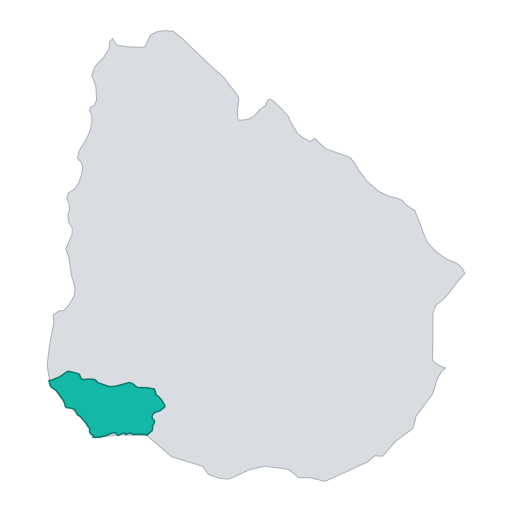 location of Colonia within Uruguay
{"feature_id": "URY-4", "entity_name": "Colonia", "entity_type": "Department", "adm_level": 1, "iso_a3": "URY", "parent_name": "Uruguay", "parent_adm1": "", "projection": "mercator", "projection_center": [-57.607, -34.127], "detail": "fine", "context": "in_parent", "style": "filled", "palette": "teal", "viewbox_px": 512, "rotation_deg": 0, "n_neighbors": 0, "source": "natural_earth", "source_scale": "10m", "svg_char_len": 3399}
<svg xmlns="http://www.w3.org/2000/svg" viewBox="0 0 512 512"><path d="M445.5,368.0L441.6,371.5L437.5,378.1L432.6,394.0L416.2,416.0L412.9,428.5L395.2,441.5L382.8,456.2L374.6,455.8L367.3,462.1L325.1,481.3L310.0,477.7L298.8,477.7L288.3,469.3L264.5,466.2L249.6,469.6L229.6,478.9L223.6,478.8L219.2,478.3L208.4,474.4L202.5,466.2L171.6,456.8L146.9,435.4L117.6,434.9L95.1,437.7L91.6,434.9L89.4,429.4L84.7,421.5L65.4,402.7L50.2,384.1L47.2,365.8L49.4,345.9L53.9,322.5L53.1,315.2L58.7,311.1L64.3,310.2L69.6,304.2L74.4,295.1L75.2,288.2L71.5,275.4L68.9,257.6L65.9,248.8L72.0,234.8L72.3,228.0L68.7,222.1L67.8,216.0L69.4,209.7L69.1,203.7L66.8,197.9L68.5,193.1L74.1,189.4L78.4,183.6L81.1,175.8L82.6,169.8L82.6,165.7L80.9,161.9L77.4,158.3L79.1,151.0L85.7,140.3L90.1,130.7L92.0,122.3L91.9,115.6L89.7,110.5L90.6,107.0L94.7,105.2L96.6,99.8L95.9,86.4L91.7,75.3L94.9,66.6L104.3,56.5L109.1,48.4L109.5,42.2L112.4,38.6L116.9,45.3L130.1,47.0L143.4,47.3L145.6,45.6L150.8,34.7L157.7,31.5L165.2,30.7L173.4,31.3L182.1,38.5L206.9,62.2L225.0,78.8L230.5,86.6L235.3,92.4L238.9,97.8L237.4,112.0L237.6,118.2L238.5,120.0L242.6,120.2L248.8,119.1L254.0,116.1L258.0,111.6L262.0,107.9L265.2,105.9L266.3,102.9L268.2,99.8L270.1,99.1L273.6,101.4L282.1,109.5L288.7,117.0L290.3,121.3L292.8,125.8L295.5,129.7L297.4,133.5L303.8,138.4L310.3,141.6L314.6,138.4L325.6,148.7L349.9,157.4L354.3,162.6L358.5,170.0L367.0,181.3L378.7,191.5L388.1,195.8L397.2,198.3L402.3,200.5L405.7,204.4L411.3,208.6L414.8,210.2L416.0,214.0L419.5,222.2L423.3,232.7L427.3,242.4L436.2,251.7L446.1,259.0L456.5,263.1L462.3,268.2L464.8,273.5L457.8,281.4L450.3,291.3L443.6,299.1L436.7,304.5L434.4,308.3L432.9,314.1L432.9,345.1L432.4,356.7L432.9,359.8L433.8,361.8L438.2,364.9L443.4,367.5L445.5,368.0Z" fill="#d9dde1" stroke="#a8b0b8" stroke-width="1"/><path d="M147.1,435.0L144.3,434.4L137.3,434.2L133.0,434.5L131.6,433.3L127.9,433.4L125.9,434.6L125.0,433.4L123.0,433.2L120.8,434.2L118.0,435.5L115.5,432.9L113.5,432.8L111.2,433.3L108.1,434.7L103.7,436.4L102.2,436.2L100.2,437.4L97.9,437.2L95.6,437.5L93.0,437.1L93.8,436.4L93.1,434.9L91.0,434.2L89.5,431.9L89.7,428.1L87.7,426.0L86.2,423.3L80.3,416.4L77.8,415.1L76.9,413.7L75.6,410.6L74.2,409.2L72.3,408.4L70.2,408.0L68.4,407.9L66.3,407.5L65.3,406.4L64.4,402.8L63.5,400.8L56.8,391.1L55.4,389.8L52.4,388.0L51.1,386.9L50.0,385.0L49.5,383.1L49.0,380.6L51.6,380.1L52.7,379.8L59.8,376.8L67.1,371.7L68.3,371.3L69.7,371.5L78.6,373.8L79.0,374.2L79.5,374.9L79.7,375.3L80.1,376.2L80.4,377.1L80.6,377.6L81.0,378.4L81.3,378.7L81.6,379.0L81.8,379.1L82.1,379.3L82.7,379.5L83.6,379.6L85.0,379.5L87.3,379.1L93.4,379.3L94.2,379.5L95.3,380.0L95.9,380.5L96.3,380.9L96.5,381.2L96.6,381.3L96.5,381.2L97.0,381.9L97.4,382.2L98.1,382.8L108.9,386.5L111.1,386.7L115.8,386.2L129.4,382.5L130.8,382.9L132.5,383.7L134.0,384.6L135.3,385.9L136.8,387.0L137.2,387.3L139.5,387.6L146.0,387.6L154.2,388.9L155.2,391.2L155.9,394.0L156.2,394.8L156.6,395.4L157.0,395.7L158.3,396.4L158.9,396.8L161.4,399.8L164.3,404.5L164.8,405.5L164.8,406.1L164.8,406.4L164.7,406.6L164.6,406.9L164.0,407.5L160.5,410.4L160.2,410.6L159.6,410.9L156.2,411.9L155.0,412.6L153.1,413.9L152.8,414.4L152.5,415.1L152.1,416.4L152.1,417.2L152.2,417.8L152.4,418.2L152.6,418.6L154.2,420.5L154.5,421.0L154.5,421.7L153.9,423.6L153.5,424.4L153.0,424.9L152.6,426.0L152.5,427.0L152.6,428.9L152.5,429.8L152.2,430.4L151.9,430.8L147.1,435.0L147.1,435.0Z" fill="#14b8a6" stroke="#0f766e" stroke-width="1.5"/></svg>